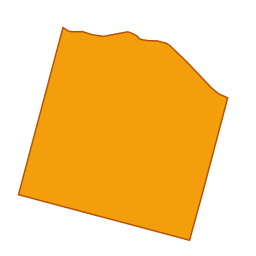 outline of Sheboygan, Wisconsin, United States of America, rotated 285°
{"feature_id": "52423323B63289928917909", "entity_name": "Sheboygan", "entity_type": "district", "adm_level": 2, "iso_a3": "USA", "parent_name": "United States of America", "parent_adm1": "Wisconsin", "projection": "natural_earth1", "projection_center": [-87.8, 43.717], "detail": "fine", "context": "isolated", "style": "filled", "palette": "amber", "viewbox_px": 256, "rotation_deg": 285, "n_neighbors": 0, "source": "geoboundaries", "source_scale": "gbopen_adm2", "svg_char_len": 469}
<svg xmlns="http://www.w3.org/2000/svg" viewBox="0 0 256 256"><g transform="rotate(285 128 128)"><path d="M35.2,39.5L35.5,216.5L83.9,216.8L182.9,216.5L184.6,206.3L188.2,198.5L207.1,167.6L218.4,147.1L219.8,143.1L219.7,133.5L217.6,125.1L216.9,118.6L217.5,115.0L218.8,113.8L219.6,111.5L220.7,105.9L220.8,105.6L220.7,102.5L210.2,80.7L208.9,69.8L209.3,59.3L206.4,48.5L206.3,45.1L208.2,39.2L83.6,39.4L35.2,39.5Z" fill="#f59e0b" stroke="#b45309" stroke-width="1.5"/></g></svg>